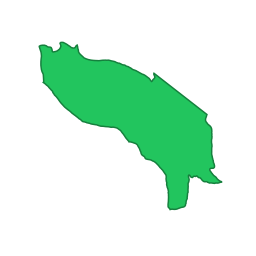 outline of Gurupá, Pará, Brazil, rotated 280°
{"feature_id": "56859067B80608468875701", "entity_name": "Gurupá", "entity_type": "district", "adm_level": 2, "iso_a3": "BRA", "parent_name": "Brazil", "parent_adm1": "Pará", "projection": "robinson", "projection_center": [-51.641, -1.114], "detail": "fine", "context": "isolated", "style": "filled", "palette": "green", "viewbox_px": 256, "rotation_deg": 280, "n_neighbors": 0, "source": "geoboundaries", "source_scale": "gbopen_adm2", "svg_char_len": 5847}
<svg xmlns="http://www.w3.org/2000/svg" viewBox="0 0 256 256"><g transform="rotate(280 128 128)"><path d="M158.2,36.6L157.2,38.6L156.7,39.5L156.2,40.1L155.8,41.0L155.0,42.3L154.1,43.2L152.9,44.8L152.5,45.3L152.2,45.6L151.8,46.2L151.6,46.6L151.4,46.9L150.5,47.6L150.0,47.8L149.6,48.1L148.3,49.5L147.8,49.8L146.4,51.9L144.8,53.7L143.1,55.4L142.4,56.1L141.2,57.4L140.7,58.0L137.7,61.9L137.0,63.1L135.6,65.6L134.6,67.7L134.2,68.3L133.4,69.6L132.8,70.4L132.2,71.7L131.8,72.4L131.1,73.9L130.2,75.5L130.0,76.0L129.3,77.2L128.9,77.8L128.6,78.3L128.1,79.8L127.8,80.2L127.1,81.1L126.4,82.6L126.5,84.1L126.3,84.9L126.3,85.4L126.3,85.8L126.0,86.5L126.0,87.4L126.0,87.9L125.9,89.6L125.8,90.0L125.6,90.9L125.6,92.7L125.6,95.4L125.7,96.4L125.5,97.6L125.3,98.7L125.1,100.5L125.1,101.0L125.4,103.6L125.5,106.0L125.8,108.3L125.8,108.9L125.8,109.4L125.8,110.0L125.8,111.4L126.1,112.4L126.3,113.6L126.2,115.9L126.1,116.9L126.0,117.3L125.6,118.3L124.6,120.3L124.5,120.7L124.0,121.4L123.3,122.1L122.4,123.0L121.4,124.2L119.5,126.1L118.5,127.0L117.5,128.0L116.3,129.5L115.4,130.6L115.1,131.0L114.5,131.4L114.6,131.8L114.7,132.3L114.7,133.0L114.7,133.7L114.5,135.4L114.3,136.3L114.1,138.0L113.6,139.2L113.1,140.1L112.7,140.4L112.1,140.8L110.9,141.8L109.9,142.7L108.0,143.8L107.7,144.0L106.5,144.8L105.9,145.1L105.3,145.3L104.3,146.0L104.0,146.3L103.4,147.3L102.8,148.8L102.4,149.3L101.9,149.8L101.3,150.1L100.9,150.6L100.7,150.9L100.6,151.8L100.5,153.4L100.6,153.9L100.5,155.9L100.3,156.7L99.8,158.1L99.7,158.9L99.5,159.5L98.8,161.0L98.1,162.1L97.5,162.9L96.9,163.8L95.5,165.5L94.7,166.3L93.7,167.8L93.2,168.3L92.7,169.2L92.3,169.6L89.9,171.9L89.4,172.4L88.3,173.5L87.8,173.8L86.2,174.2L84.9,174.3L84.6,174.3L82.2,175.0L81.4,175.4L80.9,175.7L79.7,175.8L78.9,175.9L77.8,176.4L77.4,176.6L77.0,176.7L76.5,176.9L75.9,177.3L74.7,178.0L73.9,178.3L72.7,178.8L72.0,178.9L71.1,178.8L70.8,179.1L69.7,179.4L68.9,179.5L67.1,179.9L62.8,180.5L59.9,180.7L57.7,181.1L57.1,181.4L56.7,181.7L56.4,182.3L55.7,183.2L55.0,183.6L55.2,184.1L55.5,184.7L55.8,185.9L55.8,186.7L56.0,188.3L56.3,189.2L56.5,189.8L56.8,190.5L57.1,190.9L57.4,191.4L58.4,193.1L59.1,194.4L59.5,195.5L59.8,196.3L60.2,196.9L60.5,197.3L61.0,197.6L61.5,197.9L62.0,198.0L62.7,197.9L64.1,198.2L64.9,198.0L66.7,198.0L67.1,198.1L67.8,198.3L68.5,198.5L69.2,198.5L69.8,198.3L70.6,198.3L70.9,198.3L71.8,198.2L72.2,198.2L73.0,198.1L73.5,198.0L74.7,198.1L75.1,198.3L76.6,198.0L78.1,197.7L78.6,197.7L79.8,197.5L80.5,197.5L80.8,197.4L81.3,197.3L81.7,197.2L82.8,197.0L83.6,196.8L84.2,196.9L84.7,197.0L85.1,197.1L86.0,197.2L86.5,197.2L87.2,197.2L87.6,197.2L88.2,197.0L89.7,196.4L90.1,196.1L90.6,196.0L91.8,195.8L92.2,196.1L92.2,196.8L92.0,197.2L91.4,197.6L90.9,198.1L90.5,198.8L90.4,199.5L90.5,200.2L91.1,200.5L91.7,200.9L92.0,201.4L92.0,202.2L92.0,202.9L92.4,203.5L92.8,204.0L92.6,204.4L92.2,205.0L91.9,205.3L91.7,205.7L91.4,206.4L91.4,206.8L91.4,207.7L91.3,208.1L90.9,208.4L90.4,209.1L89.6,209.9L89.0,210.8L88.5,211.7L88.4,212.6L88.5,213.4L88.6,213.8L88.7,214.3L88.8,214.8L88.7,215.3L88.4,215.8L88.3,216.4L88.2,216.8L88.0,217.7L88.0,218.1L88.2,218.6L88.4,219.9L88.4,221.2L88.5,222.9L89.1,224.0L89.2,225.0L89.3,225.8L89.5,226.3L89.6,226.7L90.5,228.3L90.8,229.1L90.9,229.5L91.4,229.4L91.8,227.4L92.8,225.6L93.0,225.2L93.8,224.2L94.5,223.6L94.9,223.1L95.5,221.9L96.2,220.5L96.7,220.0L97.1,219.4L97.7,218.9L98.2,218.2L98.5,217.9L98.8,217.6L99.4,217.1L100.0,216.4L100.6,215.9L101.0,215.8L101.6,215.7L102.3,216.0L102.7,216.6L103.1,218.7L103.3,219.1L103.8,219.6L104.4,219.9L105.0,219.9L105.7,219.8L106.7,219.4L107.3,219.1L108.1,218.7L108.7,218.2L110.7,217.6L111.3,217.2L112.3,216.8L112.8,216.6L113.6,216.2L114.0,216.1L116.8,214.9L119.4,214.5L120.4,214.3L122.3,214.0L122.9,213.9L124.5,213.9L126.5,213.4L128.0,212.8L128.7,212.7L129.5,212.5L131.1,212.3L132.1,212.4L134.1,212.2L135.3,211.8L136.4,211.7L137.2,211.5L137.9,211.2L138.8,211.2L139.8,211.0L140.6,210.8L141.4,210.6L142.3,210.2L143.4,209.4L143.7,209.1L144.2,208.5L145.0,207.1L145.2,206.7L145.6,206.0L146.0,205.6L147.0,204.6L147.4,204.1L147.7,203.8L148.3,203.3L149.2,203.0L149.7,202.9L150.2,202.8L151.7,202.9L152.4,203.1L154.0,203.3L154.5,203.3L155.0,203.4L186.4,144.1L185.9,144.0L185.2,144.2L182.8,145.7L181.2,145.2L180.7,144.8L180.3,144.4L180.0,144.2L178.8,143.9L178.5,143.7L177.9,143.2L178.2,142.7L178.5,142.3L179.5,141.3L180.4,140.4L181.6,138.0L181.9,137.5L182.7,135.8L183.0,135.1L183.4,133.7L183.4,133.2L183.5,132.7L184.5,129.7L185.2,127.8L185.4,127.1L185.8,126.1L186.1,124.7L186.3,123.2L186.4,122.7L186.6,122.2L186.8,121.7L187.2,120.9L187.6,120.2L187.7,119.5L188.5,117.4L188.5,116.9L188.7,115.4L189.3,114.2L189.4,113.6L189.3,112.5L189.4,111.2L189.9,109.8L190.0,109.2L190.3,108.5L190.2,107.1L190.3,106.4L190.5,105.4L190.7,104.6L191.1,103.4L191.1,103.0L191.1,102.5L191.2,101.6L191.2,100.0L191.4,98.2L191.4,97.5L191.4,96.9L191.0,95.2L190.9,94.0L190.7,93.1L190.3,91.2L189.8,89.5L189.6,89.0L189.2,87.5L188.6,82.8L188.4,79.8L188.5,76.9L188.8,74.9L189.2,73.3L189.3,72.7L190.2,71.4L192.0,68.6L192.8,67.5L193.8,66.5L194.2,66.2L195.2,65.8L195.7,65.7L196.3,65.5L197.2,65.0L198.1,64.6L198.5,64.5L198.9,64.4L199.7,64.1L200.8,63.5L200.1,62.8L199.6,62.5L198.4,62.1L197.8,61.7L197.6,61.4L197.3,60.6L197.2,60.2L197.2,59.8L197.4,58.3L197.6,57.7L198.3,56.6L199.0,54.8L199.5,53.9L200.2,52.1L201.0,49.4L200.9,48.2L200.6,47.0L199.7,46.3L197.9,47.3L197.1,47.7L195.6,47.5L194.5,47.2L193.7,46.8L192.6,45.8L191.6,44.9L190.7,43.3L190.3,42.2L189.9,41.2L190.0,40.6L190.3,40.2L190.7,40.0L192.4,39.4L193.8,38.4L194.0,38.0L194.1,37.1L193.9,35.9L194.0,34.9L194.2,34.3L194.8,33.1L195.0,31.4L194.6,29.1L194.0,27.5L193.2,26.5L192.6,26.5L191.9,26.9L189.4,28.2L188.0,29.0L186.4,29.6L183.8,30.3L182.3,30.4L180.6,30.5L179.4,30.6L178.4,30.7L175.9,31.1L174.4,31.4L173.4,31.7L170.5,32.6L168.9,33.4L168.2,33.8L167.0,34.7L165.9,35.3L163.5,35.9L158.8,37.0L158.2,36.6Z" fill="#22c55e" stroke="#15803d" stroke-width="1.5"/></g></svg>